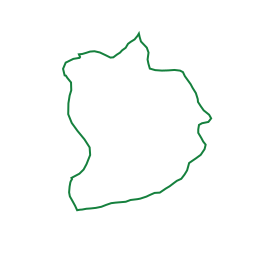 Lerik District, Lerik, Azerbaijan, rotated 197°
{"feature_id": "54616110B59366301344355", "entity_name": "Lerik District", "entity_type": "district", "adm_level": 2, "iso_a3": "AZE", "parent_name": "Azerbaijan", "parent_adm1": "Lerik", "projection": "orthographic", "projection_center": [48.458, 38.753], "detail": "fine", "context": "isolated", "style": "outline", "palette": "green", "viewbox_px": 256, "rotation_deg": 197, "n_neighbors": 0, "source": "geoboundaries", "source_scale": "gbopen_adm2", "svg_char_len": 1443}
<svg xmlns="http://www.w3.org/2000/svg" viewBox="0 0 256 256"><g transform="rotate(197 128 128)"><path d="M152.6,34.5L150.1,35.8L148.0,36.6L144.2,38.6L140.3,40.1L135.4,42.2L130.4,44.9L126.5,48.0L122.1,51.2L118.3,52.9L108.6,56.8L104.5,59.9L98.2,62.7L95.7,64.0L90.3,67.8L87.7,70.2L83.6,73.7L78.7,75.5L74.2,81.1L71.2,84.4L68.1,88.7L65.8,91.8L62.2,95.0L60.3,100.1L59.1,104.8L59.3,112.4L56.7,115.7L54.2,118.8L50.6,123.6L48.6,130.1L48.8,134.1L48.9,134.8L52.1,137.0L54.9,139.8L59.4,143.9L60.4,147.2L61.0,151.7L58.6,154.2L52.9,157.3L51.3,161.5L54.3,164.4L60.8,167.0L64.8,170.1L68.7,173.4L69.8,176.1L73.3,181.2L78.1,185.4L80.9,188.2L85.5,191.7L88.8,194.2L91.8,197.5L95.0,198.1L100.5,197.1L106.5,194.8L112.4,192.8L118.9,191.3L124.5,191.2L127.3,195.5L129.3,199.2L130.4,206.1L133.5,210.3L140.9,214.5L143.4,218.3L145.2,221.5L145.8,219.0L147.6,214.6L150.6,211.2L152.6,208.5L153.7,204.0L156.3,200.6L157.7,197.7L160.1,194.9L162.7,191.3L165.4,190.2L170.8,191.1L177.0,192.0L182.5,191.6L186.6,190.0L189.9,187.7L193.4,185.4L196.5,184.1L194.6,181.9L194.9,180.9L200.5,178.1L206.7,172.3L207.4,165.6L204.0,159.8L202.7,159.9L200.7,158.2L195.8,154.9L193.3,147.5L193.3,142.0L192.2,134.2L189.2,123.7L183.3,116.4L175.5,110.5L166.3,104.4L159.0,98.2L156.3,91.1L157.1,81.3L158.3,75.3L161.1,70.1L163.9,67.3L167.5,63.7L166.6,62.8L167.2,60.2L167.2,58.9L166.7,54.8L165.5,49.2L163.6,45.6L159.6,41.8L155.9,38.2L152.6,34.5Z" fill="none" stroke="#15803d" stroke-width="2"/></g></svg>